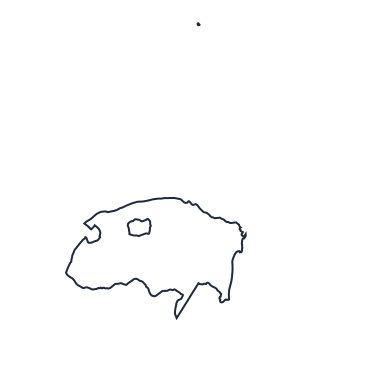 SVG path tracing the border of South Africa, rotated 215°
{"feature_id": "ZAF", "entity_name": "South Africa", "entity_type": "country or territory", "adm_level": 0, "iso_a3": "ZAF", "parent_name": "Africa", "parent_adm1": "", "projection": "albers", "projection_center": [25.295, -34.555], "detail": "fine", "context": "isolated", "style": "outline", "palette": "slate", "viewbox_px": 384, "rotation_deg": 215, "n_neighbors": 0, "source": "natural_earth", "source_scale": "50m", "svg_char_len": 5277}
<svg xmlns="http://www.w3.org/2000/svg" viewBox="0 0 384 384"><g transform="rotate(215 192 192)"><path d="M229.1,50.6L232.3,50.2L234.7,50.7L237.7,52.0L240.5,52.6L243.2,52.4L245.3,52.4L246.9,52.7L248.2,53.2L249.1,53.9L249.1,54.5L249.6,56.3L250.2,58.6L250.6,60.8L251.1,63.7L250.9,65.4L251.1,66.0L251.6,66.8L252.3,68.2L252.5,69.0L252.7,69.6L253.4,70.7L253.9,72.4L254.3,74.6L254.6,75.7L254.8,76.2L254.9,77.2L254.8,79.1L254.6,81.4L254.5,84.0L254.3,86.1L254.2,87.2L254.0,90.2L253.3,91.8L253.3,93.0L253.4,93.8L253.2,93.9L252.6,94.0L250.4,92.6L248.2,91.1L247.9,91.1L247.4,91.2L246.1,92.1L244.8,93.6L244.1,94.8L243.2,96.1L241.6,98.2L241.5,98.7L241.4,100.5L241.3,102.2L241.5,102.4L242.2,102.5L242.7,103.9L243.8,106.2L245.8,107.7L247.7,108.5L250.4,108.8L252.6,108.9L252.5,107.4L252.9,105.0L253.3,103.5L253.6,103.4L254.1,103.6L254.4,103.8L255.3,103.8L256.8,104.2L258.0,104.3L259.2,104.3L261.0,104.4L262.1,104.4L261.6,107.0L259.8,110.9L259.2,112.8L257.6,119.3L255.8,122.6L254.8,123.9L252.1,126.2L251.4,126.6L250.7,126.9L249.6,127.1L245.0,131.8L243.3,134.1L241.6,137.5L240.1,139.3L237.9,143.3L235.9,146.4L234.0,149.2L230.8,153.0L229.4,154.1L228.5,154.6L226.0,156.8L222.5,160.4L219.8,163.6L215.9,167.2L213.7,168.7L210.3,171.9L209.4,172.3L205.6,175.2L202.9,177.0L198.6,179.0L196.9,179.6L192.8,179.0L191.1,179.3L189.7,180.6L189.6,182.4L189.0,182.7L188.1,182.6L185.3,181.8L183.7,182.0L182.9,183.0L182.1,184.2L180.0,184.3L176.2,183.0L171.8,182.3L170.7,182.2L168.6,183.2L167.8,183.4L164.7,183.2L162.9,182.7L161.2,182.7L160.0,183.3L158.4,183.5L154.4,187.0L152.2,187.1L150.4,187.6L149.4,187.6L147.7,187.2L147.1,187.3L146.1,187.5L145.1,188.2L142.9,188.5L142.1,189.1L138.4,192.4L137.6,192.3L136.9,192.2L134.9,192.2L132.6,190.7L131.8,190.8L132.0,190.3L132.0,189.4L131.5,188.8L131.1,188.6L130.3,188.7L129.8,188.0L128.4,188.0L128.0,188.2L127.3,188.3L127.2,187.5L127.2,187.0L127.2,186.3L126.9,185.4L126.4,185.1L126.0,185.0L125.1,185.2L124.4,185.3L124.1,185.6L123.8,186.3L123.9,188.3L123.4,187.7L122.8,186.6L122.6,185.3L122.7,183.8L123.6,183.1L123.5,182.1L123.2,181.2L121.9,179.0L121.4,178.0L120.4,177.3L119.5,175.7L118.7,175.1L118.3,173.9L117.5,173.0L117.1,171.5L117.5,170.6L118.1,170.1L118.8,170.8L119.6,170.5L120.7,169.3L121.3,167.6L121.1,164.9L120.8,163.3L119.6,159.1L119.1,158.1L116.8,155.2L114.0,151.3L110.3,145.0L108.5,141.3L105.6,133.6L103.2,129.4L100.3,125.5L100.0,125.2L100.3,124.7L101.6,123.6L102.2,123.3L102.5,123.4L102.8,123.1L103.1,122.5L103.1,121.9L103.2,121.0L103.4,120.4L103.7,119.4L104.2,118.7L105.4,118.2L106.3,118.7L106.8,119.2L107.0,119.9L107.4,120.3L108.1,120.2L108.5,120.6L108.9,121.5L108.9,122.2L108.5,122.7L108.6,123.2L109.2,123.9L109.4,124.5L109.8,125.3L111.5,125.7L112.3,126.0L113.7,125.9L115.0,126.2L116.3,126.8L118.4,126.8L121.1,126.3L123.5,126.3L125.3,126.9L126.7,126.9L127.5,126.4L127.8,125.8L127.6,125.0L128.0,124.5L128.9,124.2L129.6,123.6L130.1,122.6L131.4,121.7L133.3,121.0L134.4,121.0L134.3,119.4L134.0,114.4L133.8,109.4L133.5,104.4L133.2,99.4L133.0,94.5L132.7,89.5L132.5,84.5L132.2,79.9L132.7,80.2L136.1,82.5L137.0,83.8L137.5,84.6L139.0,87.5L140.1,90.2L141.1,92.2L141.2,93.1L141.3,94.0L141.5,94.4L141.4,94.9L140.9,96.1L140.3,97.0L139.7,98.2L139.7,99.7L140.0,101.5L140.4,102.4L141.0,102.6L142.3,102.1L143.1,102.2L144.3,102.5L148.1,102.2L148.6,102.3L150.0,102.3L150.5,102.2L150.9,101.8L151.4,100.7L151.8,100.3L152.6,100.1L153.6,99.8L154.4,99.1L155.6,96.9L158.1,95.0L158.8,94.5L159.3,94.0L159.7,93.3L160.5,90.8L161.2,88.8L161.4,87.9L162.0,86.3L162.7,85.3L163.4,84.8L163.7,84.7L164.6,84.4L165.8,84.1L167.1,84.4L168.4,84.9L170.0,85.9L171.5,87.1L172.3,87.7L173.0,88.0L174.4,88.1L175.3,88.1L176.7,89.3L177.4,89.4L179.0,89.7L180.9,90.1L182.1,90.0L183.4,89.4L184.4,89.3L185.6,89.4L186.9,89.2L187.9,88.9L188.7,88.3L189.4,87.7L190.1,85.8L190.6,84.3L191.3,82.6L192.1,80.2L192.4,78.6L192.7,78.1L194.0,77.6L195.0,77.3L197.7,76.7L198.3,76.3L198.8,75.6L200.0,74.3L201.5,73.2L202.2,72.6L203.7,67.3L203.9,66.6L204.9,65.2L205.6,64.7L206.0,64.7L206.6,64.3L207.3,63.6L208.2,63.2L209.3,63.0L209.9,62.5L210.3,61.7L210.8,61.4L211.6,61.4L212.0,61.2L212.1,60.6L212.6,60.2L213.4,59.8L213.8,59.4L213.9,58.9L214.9,57.6L216.8,55.7L218.7,54.6L220.4,54.5L222.0,54.1L223.5,53.6L224.6,52.6L225.4,51.4L226.6,50.7L229.1,50.6ZM219.5,138.8L221.1,138.1L221.9,137.7L222.4,137.4L223.1,136.8L223.4,135.5L223.6,134.4L224.1,133.9L224.7,133.5L225.1,132.9L225.7,131.6L226.1,130.2L226.2,129.6L226.0,129.0L225.7,128.4L225.4,127.6L225.0,127.4L224.2,126.9L223.1,126.0L222.1,125.1L221.2,123.9L220.8,123.7L219.9,122.8L219.6,122.4L219.3,121.8L219.0,121.6L218.6,121.7L217.5,122.0L215.1,122.8L213.7,123.7L212.4,124.7L211.2,125.1L210.2,125.4L209.5,126.6L208.8,127.7L208.1,128.7L207.8,129.1L207.4,129.4L207.1,130.1L206.4,131.1L205.8,131.8L204.9,132.2L203.9,132.7L203.5,133.0L203.4,133.4L203.8,134.4L204.1,135.4L204.7,136.6L205.2,137.4L205.8,138.5L206.2,139.1L206.2,140.1L206.3,140.4L206.5,140.8L206.9,141.1L207.5,141.4L207.6,141.6L208.0,141.9L208.4,142.6L209.1,143.4L209.9,144.1L211.4,144.4L212.5,144.7L212.8,144.5L213.2,144.0L213.6,143.4L213.7,142.5L214.1,142.1L215.5,140.0L216.2,139.2L216.7,139.1L217.3,139.0L218.0,139.0L218.5,139.0L219.5,138.8ZM283.7,333.7L283.4,333.8L281.8,333.4L281.7,333.0L282.3,332.4L282.6,332.2L283.4,332.4L283.9,333.0L284.0,333.2L283.7,333.7Z" fill="none" stroke="#1e293b" stroke-width="2"/></g></svg>